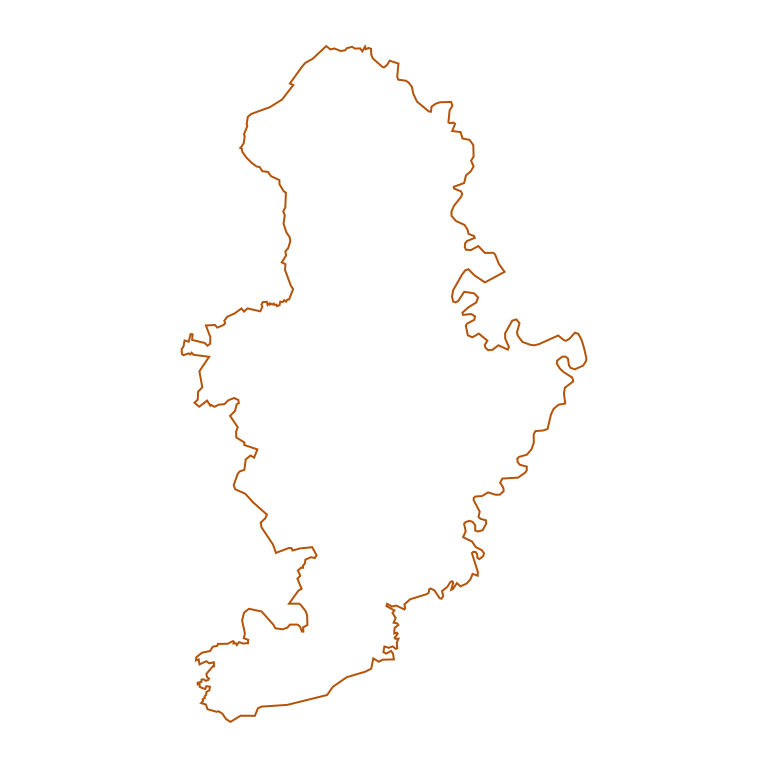 the district of Nong Cong, Thanh Hóa, Vietnam
{"feature_id": "81297802B57234015442712", "entity_name": "Nong Cong", "entity_type": "district", "adm_level": 2, "iso_a3": "VNM", "parent_name": "Vietnam", "parent_adm1": "Thanh Hóa", "projection": "orthographic", "projection_center": [105.661, 19.616], "detail": "fine", "context": "isolated", "style": "outline", "palette": "amber", "viewbox_px": 768, "rotation_deg": 0, "n_neighbors": 0, "source": "geoboundaries", "source_scale": "gbopen_adm2", "svg_char_len": 6081}
<svg xmlns="http://www.w3.org/2000/svg" viewBox="0 0 768 768"><path d="M397.2,76.6L398.5,63.6L389.7,60.7L387.2,64.8L384.2,67.3L382.6,67.1L372.8,58.4L371.3,54.8L371.0,48.8L368.7,48.0L365.8,49.2L365.0,46.6L362.3,51.4L360.2,48.4L355.0,48.6L352.1,46.8L346.9,48.2L345.0,50.3L340.7,51.0L334.4,48.5L330.4,49.4L326.2,46.1L312.5,58.9L305.4,62.8L301.9,66.8L289.9,83.5L293.3,85.0L282.1,99.5L270.0,107.1L251.1,114.0L247.8,116.9L246.7,124.2L247.3,126.1L244.0,134.2L244.7,136.3L243.7,143.3L240.3,148.1L241.8,148.7L242.3,151.9L246.4,157.6L251.6,162.8L256.6,166.5L259.7,167.1L262.2,171.1L268.1,172.0L270.9,176.1L279.4,180.1L279.5,184.3L283.6,191.1L285.9,192.8L285.3,207.5L283.3,211.2L284.8,215.4L283.5,223.6L286.4,232.4L289.6,237.1L290.3,241.1L288.2,248.2L285.3,251.4L286.1,255.5L281.7,262.4L285.5,264.2L285.0,269.9L290.9,285.8L293.1,289.0L289.1,299.4L287.4,299.6L286.0,301.7L284.2,300.1L282.9,302.0L280.2,301.7L279.5,305.2L276.9,306.1L276.4,304.6L274.4,304.9L273.7,303.5L272.4,304.5L270.1,303.4L269.7,304.6L268.8,303.8L267.6,305.0L266.8,301.8L262.8,302.1L261.5,304.5L262.3,306.9L260.3,311.3L247.5,308.4L244.0,311.6L241.4,308.5L234.6,313.4L227.2,316.8L224.3,320.7L225.1,323.4L223.5,325.0L217.3,327.6L215.0,325.0L205.9,325.5L210.3,337.0L210.2,343.6L207.5,345.7L204.7,343.0L192.1,339.9L192.6,334.3L190.6,334.1L188.7,341.7L184.6,340.4L183.5,346.5L181.6,349.3L181.9,354.0L183.4,355.2L188.5,353.4L190.2,354.5L191.6,352.7L193.5,354.8L209.1,356.8L199.4,371.3L202.3,387.3L198.1,391.7L197.7,399.7L194.5,402.7L195.4,403.5L199.2,406.7L207.1,400.6L210.3,405.7L211.0,404.9L214.5,406.8L218.7,404.7L224.4,404.1L228.3,400.3L234.0,398.0L238.3,399.9L238.8,403.1L236.7,404.3L235.0,410.9L230.1,415.9L237.7,427.2L236.1,431.8L236.3,437.5L244.5,442.6L244.2,445.0L257.4,449.4L254.1,457.7L250.5,455.5L245.7,459.4L244.4,469.8L239.8,471.4L237.7,473.8L233.7,485.2L235.3,489.3L245.4,493.8L252.9,502.2L266.9,514.6L265.2,518.4L260.7,522.6L261.5,527.3L272.9,544.4L276.0,552.9L288.8,548.0L291.6,548.2L292.5,550.5L300.2,548.4L312.2,547.2L316.6,555.3L314.9,558.0L310.9,557.2L305.4,559.6L304.9,563.5L302.8,565.9L303.1,567.8L300.9,567.8L297.9,570.5L300.3,575.8L297.4,578.7L301.6,588.8L298.5,590.5L289.0,603.7L298.7,603.7L300.5,604.6L305.4,610.8L307.1,615.1L307.4,625.0L303.1,627.4L303.4,631.6L301.9,631.6L300.1,626.7L297.6,624.6L289.9,624.6L287.4,627.6L282.7,629.3L275.4,628.3L273.3,624.6L261.6,611.5L249.0,608.8L244.1,612.5L242.1,620.5L244.9,633.6L243.7,638.2L248.2,639.8L248.0,643.2L242.9,643.5L239.1,642.1L236.9,645.0L236.0,643.3L233.5,643.5L234.0,641.9L232.9,641.1L227.6,643.8L217.9,643.9L217.3,645.8L212.8,646.7L210.1,651.0L202.0,652.7L196.3,657.3L196.0,660.4L198.7,659.4L199.5,664.4L206.3,661.2L209.3,663.3L213.9,662.3L214.0,666.4L212.9,666.2L206.3,674.0L207.2,677.4L209.0,678.5L208.2,680.0L205.8,680.8L203.6,679.3L201.5,679.6L201.4,681.9L197.7,682.7L197.7,684.4L199.6,684.1L199.7,686.8L203.1,688.4L205.3,688.9L206.3,686.2L209.9,686.7L209.4,690.3L206.5,691.9L206.2,694.7L204.5,696.5L204.8,698.2L202.7,699.1L203.0,701.3L201.1,703.1L205.9,704.5L207.5,709.2L216.6,711.8L218.6,711.3L222.3,713.6L226.1,719.1L230.4,721.9L240.6,715.7L254.9,715.8L257.9,708.3L261.5,706.6L287.2,704.9L327.1,695.0L332.8,686.9L346.7,677.2L365.2,671.7L371.2,668.7L373.3,658.4L378.8,661.7L382.7,659.7L393.9,659.4L393.1,654.0L391.2,650.9L386.2,653.6L383.4,652.1L384.4,646.5L388.7,647.8L392.8,646.4L395.6,648.8L397.3,648.4L396.8,642.5L398.5,638.6L395.4,638.8L394.6,637.8L397.6,633.8L397.0,632.7L394.2,633.4L394.6,627.9L398.3,625.0L397.3,623.4L393.6,622.7L395.7,618.0L392.5,612.9L394.4,610.4L386.4,606.1L387.1,603.8L391.9,606.5L396.3,605.6L404.3,609.4L405.1,608.5L404.4,604.4L410.1,599.3L426.8,594.1L428.7,592.7L429.2,589.3L430.6,588.5L434.4,590.3L439.7,598.3L441.6,598.7L443.2,595.8L442.0,591.1L447.4,586.8L450.5,581.8L452.4,581.3L453.2,582.8L451.2,589.8L452.9,589.0L456.9,583.1L460.5,586.4L466.7,583.5L470.5,579.2L472.6,573.9L477.7,575.7L477.8,571.8L471.9,553.1L473.3,551.8L475.5,552.0L477.1,554.1L477.4,557.8L479.3,559.1L483.1,556.2L484.0,553.3L481.7,550.1L475.8,547.1L472.0,541.5L463.1,537.2L465.7,531.2L464.1,523.8L465.5,522.1L469.4,520.8L472.7,521.9L475.2,525.4L475.2,530.5L477.8,531.5L482.7,530.2L486.2,523.6L485.9,520.3L480.6,518.9L478.5,517.0L479.7,511.7L473.6,500.0L473.8,497.8L475.6,496.5L481.9,496.1L488.0,492.4L495.9,494.8L499.9,494.6L503.7,491.1L503.3,487.8L500.2,482.7L502.3,478.6L518.1,477.6L525.3,472.5L526.7,470.3L526.8,466.6L519.8,464.8L517.7,462.1L517.3,458.8L519.0,456.9L527.0,454.6L531.6,449.1L533.8,442.5L533.7,434.3L535.4,431.1L543.1,430.5L547.6,428.9L551.0,414.3L553.7,408.8L558.5,404.7L565.2,403.5L563.9,393.3L564.9,387.7L573.2,381.4L572.3,377.6L563.4,371.9L559.6,368.2L556.8,363.6L557.1,360.7L562.1,356.7L565.6,356.6L568.0,358.7L568.9,365.3L570.6,367.9L574.9,369.3L583.1,365.6L586.1,360.9L586.4,358.2L584.0,347.9L581.7,340.1L578.3,333.8L574.9,332.7L569.3,338.9L566.1,340.7L564.4,340.5L558.2,335.5L538.8,344.2L534.2,345.3L530.3,344.8L522.4,341.9L517.7,335.6L517.0,332.3L519.5,323.2L516.3,319.4L512.2,320.7L505.1,333.3L505.2,338.5L508.9,347.0L507.8,349.6L498.3,345.3L492.7,349.7L488.2,350.2L485.6,347.9L484.7,345.1L487.4,340.7L478.8,333.6L472.4,337.3L467.8,335.3L465.8,325.6L467.1,323.6L474.3,319.8L475.0,316.4L471.3,314.0L463.1,314.9L462.4,312.7L468.4,307.3L476.2,302.5L478.1,297.5L474.1,293.3L464.2,291.8L458.1,301.1L455.5,302.4L453.2,301.5L452.0,296.6L453.2,290.1L461.9,274.8L465.3,270.3L468.4,269.2L474.4,275.3L484.9,282.4L504.6,271.8L499.0,264.2L495.0,254.3L493.1,252.8L484.8,252.9L478.3,246.0L471.0,250.1L465.9,249.7L464.8,247.0L465.1,243.3L466.9,241.1L474.8,237.8L474.1,236.1L468.6,233.9L467.4,229.3L464.5,224.9L456.1,221.1L451.5,215.8L451.5,211.4L453.9,205.9L461.2,196.7L462.2,193.7L461.0,191.4L454.0,188.5L453.8,186.8L464.1,183.0L466.0,175.3L470.6,171.5L473.6,166.5L471.1,160.7L473.6,156.6L473.3,145.1L469.6,139.9L462.5,138.5L460.6,132.1L452.2,131.0L455.1,123.8L453.5,122.6L449.7,123.2L448.4,122.3L449.6,110.4L452.4,105.7L451.1,101.9L439.9,102.3L435.5,103.8L431.5,106.7L431.0,111.7L428.9,111.5L417.0,101.6L413.3,93.8L411.9,86.9L408.6,82.5L405.8,80.7L398.3,79.7L397.2,76.6Z" fill="none" stroke="#b45309" stroke-width="2"/></svg>